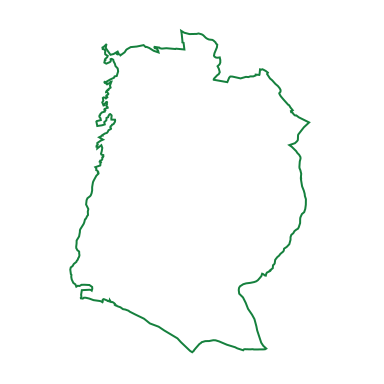 the district of Stoina, Gorj, Romania, rotated 5°
{"feature_id": "2599482B4391298205138", "entity_name": "Stoina", "entity_type": "district", "adm_level": 2, "iso_a3": "ROU", "parent_name": "Romania", "parent_adm1": "Gorj", "projection": "mercator", "projection_center": [23.622, 44.679], "detail": "fine", "context": "isolated", "style": "outline", "palette": "green", "viewbox_px": 384, "rotation_deg": 5, "n_neighbors": 0, "source": "geoboundaries", "source_scale": "gbopen_adm2", "svg_char_len": 5802}
<svg xmlns="http://www.w3.org/2000/svg" viewBox="0 0 384 384"><g transform="rotate(5 192 192)"><path d="M85.0,296.4L86.3,295.4L88.2,295.4L90.0,294.1L92.6,293.8L97.9,293.6L100.8,295.3L101.1,297.1L100.7,299.0L99.8,298.4L98.5,298.3L90.8,299.4L90.5,304.0L90.9,305.8L90.8,307.0L90.5,307.2L90.6,307.6L92.5,307.7L93.6,306.7L95.4,306.6L98.9,307.1L103.3,308.3L109.3,308.6L110.9,308.8L112.4,309.6L112.6,309.2L112.5,307.0L113.4,306.4L116.8,307.4L117.4,307.9L118.0,307.7L119.2,308.3L119.6,308.0L119.6,307.0L120.9,308.7L122.5,308.6L124.0,309.4L125.0,310.2L124.8,311.1L125.7,311.7L126.6,311.5L127.3,312.2L130.8,313.1L133.4,314.7L135.8,314.9L139.1,315.8L140.3,316.6L146.0,318.9L153.4,321.7L155.2,322.4L161.5,326.6L170.5,329.1L176.3,332.3L190.3,339.1L194.1,342.6L204.0,350.5L206.2,351.6L207.8,349.8L207.8,349.5L209.3,347.3L212.6,342.8L214.0,341.7L214.7,340.8L218.2,339.4L222.0,339.0L226.1,337.8L228.4,337.7L232.1,338.5L240.1,341.1L248.5,342.9L250.7,343.8L256.8,345.2L257.4,344.3L258.2,344.0L263.5,343.7L266.4,343.3L267.4,343.5L277.3,342.5L278.5,342.3L279.6,341.5L276.4,339.0L274.1,336.1L269.0,324.2L267.8,320.1L265.3,313.2L262.5,309.0L258.0,303.5L255.2,297.8L252.0,292.6L247.9,289.2L247.1,285.6L247.2,283.5L248.0,281.8L251.1,279.4L253.9,278.3L258.1,277.4L261.8,276.3L263.9,275.3L265.4,274.0L268.4,269.8L269.0,267.3L270.1,267.6L271.9,268.8L272.8,268.9L273.1,267.0L273.6,265.8L276.7,263.9L277.0,263.5L276.6,263.2L279.1,260.9L279.1,257.9L280.1,256.9L280.6,255.9L280.8,252.3L282.6,249.5L284.3,247.8L285.4,246.0L288.1,243.3L288.5,242.4L288.7,240.4L291.1,238.5L293.5,235.5L294.3,231.0L294.1,228.3L294.7,226.0L296.5,224.2L297.5,222.0L299.2,220.4L300.7,219.4L301.4,217.9L302.4,213.6L302.1,209.2L302.2,207.9L303.4,204.4L305.5,202.3L306.3,199.0L306.5,194.8L306.1,189.2L304.8,186.1L304.4,184.0L303.3,181.0L301.2,176.8L299.4,169.8L299.6,169.5L299.4,168.3L299.2,168.3L299.2,164.3L298.1,161.0L297.0,158.8L296.8,157.6L296.7,152.2L297.2,149.3L297.0,147.8L295.5,145.6L293.6,144.0L292.2,142.2L287.5,138.3L284.9,136.8L290.3,134.4L292.1,132.4L292.8,131.3L292.9,130.4L292.7,126.1L292.9,125.4L297.8,117.8L302.6,112.5L291.9,108.3L289.2,106.6L288.1,106.8L286.7,105.9L285.0,104.0L283.9,103.9L283.5,102.8L285.2,101.8L282.7,99.2L281.2,97.1L280.2,96.7L275.0,91.8L272.1,88.9L270.8,87.1L270.3,86.0L271.4,84.4L271.4,83.2L271.2,82.4L270.2,80.9L268.4,79.0L265.6,77.0L262.1,73.7L259.8,72.1L256.5,67.9L257.2,66.5L254.9,65.0L252.4,63.9L251.3,63.6L250.6,64.1L249.1,63.9L249.0,69.2L248.9,69.5L245.2,69.5L245.2,70.4L243.0,71.5L239.9,71.8L238.2,72.6L235.7,72.6L230.5,74.6L222.2,73.5L220.1,73.6L219.1,74.8L217.6,79.5L203.9,78.3L203.8,77.8L204.3,76.8L207.2,73.2L208.3,72.4L209.2,70.2L208.0,66.9L206.5,64.5L208.3,62.5L208.9,60.6L208.7,58.1L207.9,55.5L206.0,56.0L204.2,56.0L202.6,55.2L202.0,54.3L202.3,51.8L204.2,45.8L204.3,43.0L203.0,42.0L202.4,40.9L200.3,39.3L199.1,38.7L195.6,38.6L193.8,38.0L192.2,37.1L189.6,34.9L188.0,34.1L184.7,33.5L182.9,34.1L175.7,34.9L170.4,34.0L167.2,32.4L167.9,35.1L169.3,42.4L169.4,43.8L170.6,44.1L172.0,50.7L163.6,50.6L163.1,51.0L153.9,51.0L149.5,51.8L147.6,51.6L146.9,51.0L142.1,50.7L142.0,51.4L142.5,52.0L144.5,52.1L145.1,52.7L145.0,53.3L145.9,54.1L146.5,55.9L141.6,54.7L136.7,52.2L134.1,51.4L133.1,51.6L131.0,49.9L124.3,51.9L118.3,53.0L114.7,55.5L114.1,56.1L112.7,58.7L108.8,62.1L108.4,61.5L108.0,61.3L107.0,61.1L105.7,61.4L105.0,61.0L105.0,60.4L106.3,59.6L105.7,58.6L101.8,61.4L98.8,62.4L93.8,56.4L93.5,55.3L93.8,52.7L93.6,52.6L91.6,54.9L90.2,55.9L90.6,57.4L91.6,57.3L92.9,58.4L93.4,59.5L93.2,60.4L93.6,62.4L96.2,63.8L95.8,65.1L93.9,67.1L93.7,67.9L94.2,68.2L93.6,69.0L93.4,70.7L95.4,71.6L98.6,69.9L99.3,69.3L99.7,68.3L99.3,66.8L99.6,66.6L100.1,66.4L101.3,66.7L102.1,67.3L102.4,68.5L104.0,71.0L104.8,73.2L107.2,75.4L107.9,78.3L106.9,83.0L104.8,83.6L104.3,85.0L100.5,87.2L96.6,90.0L96.0,90.3L95.5,89.9L95.2,90.2L95.6,90.9L97.4,90.9L97.4,91.8L98.0,92.2L100.5,90.5L101.3,89.3L102.1,89.1L101.0,93.1L101.8,95.1L100.3,96.4L100.1,97.2L99.3,97.4L99.4,97.9L98.3,98.5L97.7,99.7L97.7,100.0L98.7,99.7L100.1,101.5L100.0,102.0L98.4,103.2L98.2,103.7L98.7,104.9L99.2,104.7L99.4,105.0L98.1,106.3L97.2,105.6L95.6,105.5L95.0,106.1L95.7,108.8L94.8,110.5L96.3,113.5L97.1,113.2L97.4,111.6L98.1,110.9L98.7,109.9L99.3,109.7L99.6,110.0L99.3,111.2L99.7,111.8L99.2,113.5L99.7,114.2L100.3,114.5L100.7,115.4L97.7,116.9L97.5,117.7L98.4,118.3L98.0,118.8L98.1,119.5L95.3,120.6L93.8,122.5L93.7,123.5L93.2,123.8L93.1,124.7L93.3,125.3L94.4,126.5L94.9,128.3L90.9,129.7L90.6,130.2L91.9,134.5L96.5,133.4L99.2,132.3L98.5,130.1L100.4,128.1L100.4,125.6L101.9,124.8L102.3,123.1L103.1,121.8L103.7,121.5L105.0,122.4L105.3,123.0L105.2,126.0L105.4,126.9L109.0,126.7L109.2,127.4L109.1,128.8L107.9,131.2L106.5,131.9L106.2,132.7L105.1,133.8L105.0,134.7L105.8,135.7L105.7,136.3L103.5,137.7L102.7,139.7L102.0,140.6L100.2,141.3L98.2,142.8L98.1,143.6L97.3,143.5L96.6,144.4L94.7,145.6L98.8,147.6L96.6,148.8L93.4,151.4L93.4,151.9L94.0,153.1L93.0,154.0L92.9,155.2L93.9,155.4L93.9,156.8L97.6,153.3L98.8,155.9L98.5,159.4L98.0,161.8L98.6,162.7L100.4,162.9L100.6,164.3L100.2,164.6L100.2,165.1L99.6,165.4L99.8,166.9L99.6,167.6L98.8,168.5L97.9,168.7L97.4,169.9L98.7,170.5L98.2,171.5L98.4,173.1L98.2,173.6L93.5,175.7L94.6,176.9L94.7,178.6L95.8,179.0L96.8,180.1L97.0,180.7L96.6,181.2L97.2,181.9L95.3,184.1L93.1,189.1L92.5,190.9L92.1,195.8L92.4,199.0L92.1,201.9L91.5,204.0L90.9,205.0L88.4,207.3L87.7,209.4L87.6,213.7L90.2,218.0L89.9,220.6L90.4,224.0L89.6,225.2L88.6,227.9L87.8,228.6L87.3,231.7L86.8,233.3L83.9,239.0L83.7,240.1L83.8,241.7L83.4,246.1L81.3,250.4L81.5,253.3L81.4,256.6L81.6,258.0L83.0,260.1L84.3,260.8L84.8,261.4L85.0,263.3L85.4,264.7L85.3,265.6L84.9,267.1L84.4,267.9L84.1,269.4L83.3,270.4L82.9,271.7L80.5,274.0L79.5,276.2L77.8,277.7L77.5,279.9L78.5,284.4L79.1,285.0L79.1,287.1L79.8,289.6L81.7,292.9L83.9,294.2L85.0,296.4Z" fill="none" stroke="#15803d" stroke-width="2"/></g></svg>